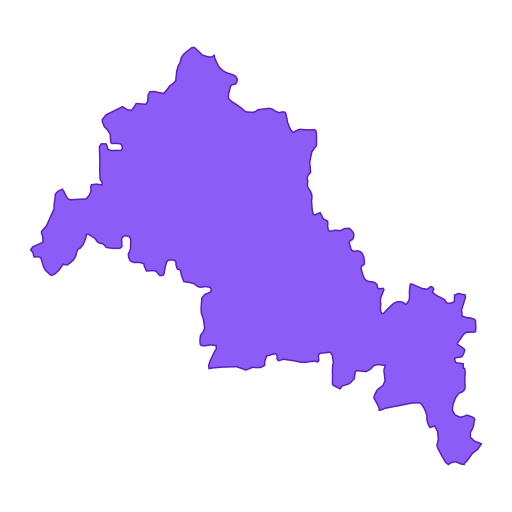 outline of Idleb, Idlib, Syria
{"feature_id": "27442178B9567094438554", "entity_name": "Idleb", "entity_type": "district", "adm_level": 2, "iso_a3": "SYR", "parent_name": "Syria", "parent_adm1": "Idlib", "projection": "albers", "projection_center": [36.811, 35.88], "detail": "fine", "context": "isolated", "style": "filled", "palette": "violet", "viewbox_px": 512, "rotation_deg": 0, "n_neighbors": 0, "source": "geoboundaries", "source_scale": "gbopen_adm2", "svg_char_len": 6032}
<svg xmlns="http://www.w3.org/2000/svg" viewBox="0 0 512 512"><path d="M214.3,55.4L211.5,57.0L208.1,56.9L202.1,55.0L199.3,52.0L194.4,47.5L191.8,47.6L189.8,49.3L186.7,51.5L183.2,54.8L181.4,57.5L180.1,62.7L178.1,66.1L176.7,71.4L175.7,80.7L173.6,83.1L169.7,86.0L166.4,90.4L163.7,93.5L153.9,91.5L149.9,91.8L148.1,95.0L147.7,101.4L145.9,104.3L136.2,103.5L133.6,107.7L131.5,110.4L127.3,109.7L122.4,106.7L106.1,114.8L102.3,119.5L102.3,121.8L104.4,126.8L107.4,129.8L110.2,134.1L110.7,142.1L111.7,143.5L116.5,143.4L119.5,143.7L121.6,144.5L122.5,148.1L121.1,150.4L111.4,150.5L107.6,149.4L107.5,147.2L106.1,143.9L101.3,143.8L99.4,146.7L99.9,161.7L99.7,169.0L100.1,179.4L102.2,182.6L102.3,184.6L100.2,184.7L96.5,184.1L91.3,184.8L90.8,187.1L91.0,191.1L89.5,194.9L86.2,198.9L70.0,199.8L67.7,198.6L66.5,196.8L63.5,190.8L62.3,189.2L58.2,191.1L56.5,192.8L55.3,194.3L55.2,197.4L54.3,203.0L54.0,208.9L46.6,225.6L41.6,231.4L41.5,233.1L42.6,236.3L43.1,242.2L32.7,246.9L30.7,249.7L33.2,253.0L33.5,255.4L34.3,257.1L36.3,256.8L38.8,256.8L39.8,257.4L40.7,257.5L43.6,266.9L45.4,270.2L50.6,275.1L52.6,275.1L55.1,273.8L58.9,270.2L61.5,266.7L63.1,264.2L65.9,264.9L67.4,264.8L69.6,263.3L73.5,260.0L75.8,255.9L77.1,250.7L78.0,249.1L80.2,248.1L82.9,244.9L84.3,241.9L86.1,236.9L86.3,234.6L88.2,234.3L90.8,235.5L92.3,236.8L94.6,238.0L97.5,242.0L100.1,243.4L102.6,243.6L104.7,245.4L106.2,247.4L112.5,248.3L119.7,248.4L121.9,246.6L121.6,239.1L122.3,237.6L124.0,236.0L126.2,235.8L129.0,236.5L130.5,238.5L130.8,241.3L130.4,249.1L129.7,251.6L128.5,253.4L128.4,255.7L128.7,257.4L129.8,260.2L131.6,261.7L134.7,262.6L137.1,262.3L141.4,262.8L144.0,264.0L144.3,266.2L146.5,271.0L152.7,270.6L156.2,271.1L157.8,273.3L159.7,275.5L162.4,275.5L163.8,274.5L165.3,266.7L166.6,262.1L168.0,260.3L172.5,259.8L174.7,260.5L176.0,262.0L175.9,264.5L177.3,269.0L179.9,269.7L180.7,271.4L181.3,274.9L183.9,281.7L188.4,282.3L193.7,283.5L198.0,286.7L200.3,287.2L205.8,286.6L210.1,287.3L211.5,289.6L210.1,292.4L205.0,294.3L201.9,297.8L201.4,303.6L201.1,308.9L201.3,312.9L203.2,318.5L204.1,323.8L204.6,328.5L203.0,332.1L200.6,335.1L199.9,340.6L200.3,344.6L201.6,345.6L205.3,345.8L209.5,345.0L212.0,345.0L216.1,345.6L216.4,348.6L214.1,352.4L210.2,360.8L208.7,365.3L209.0,368.6L212.7,367.9L222.3,367.1L236.6,366.7L246.0,370.0L252.9,367.2L255.9,367.6L260.7,367.5L264.7,365.3L264.7,361.5L266.5,356.1L274.0,353.9L276.3,353.9L277.2,356.1L277.0,358.7L278.4,360.7L281.0,360.0L283.2,359.2L293.0,360.6L301.3,362.3L305.7,362.4L310.1,361.5L312.3,361.5L314.6,361.0L317.3,362.0L318.8,360.7L318.4,355.1L320.3,353.1L323.3,353.0L330.3,352.2L330.9,353.3L332.2,354.8L333.4,363.0L332.7,365.0L332.4,371.0L332.6,376.3L332.4,384.1L333.8,385.7L337.9,387.6L339.9,388.9L342.1,386.0L348.2,384.1L350.5,382.7L354.3,378.5L355.2,372.2L356.2,370.8L358.4,370.8L366.0,371.6L370.3,369.3L373.5,365.9L375.3,365.0L377.7,364.6L385.3,365.3L383.9,370.1L385.0,380.7L383.0,385.5L378.0,389.1L376.5,391.1L374.5,395.3L373.9,397.9L377.0,403.6L379.0,407.8L379.2,410.3L381.0,410.0L385.2,408.3L412.1,403.0L419.3,402.8L421.2,403.8L424.4,408.7L426.2,413.3L427.1,416.1L426.8,418.3L427.2,420.9L427.7,422.9L428.8,425.7L430.1,427.5L434.6,426.0L437.5,431.2L438.4,439.2L436.9,445.6L438.1,448.8L441.8,455.8L445.7,462.5L448.4,464.5L450.2,463.2L453.3,462.0L456.1,461.9L459.6,463.4L462.4,464.4L464.2,464.4L464.1,463.6L467.3,460.5L472.5,453.3L477.7,449.3L480.8,444.7L481.3,443.8L474.2,441.0L470.4,437.3L470.4,432.5L472.6,428.4L473.7,425.1L474.1,421.5L474.8,419.3L473.6,417.5L467.1,415.1L462.7,416.8L459.7,417.1L454.8,414.8L452.4,410.3L453.0,404.3L455.7,397.6L458.8,393.3L462.0,392.0L463.8,390.6L465.0,388.5L465.0,384.3L464.8,382.0L464.9,376.8L465.2,373.6L464.9,370.1L464.7,368.5L463.2,368.0L463.2,363.7L457.1,362.9L455.6,362.4L455.0,360.6L454.7,358.1L457.3,357.4L460.7,357.1L462.2,356.4L463.8,353.2L464.8,349.8L462.5,347.7L457.5,344.4L457.4,343.0L458.2,342.1L463.5,334.5L465.7,332.6L466.6,332.3L473.7,332.1L475.5,331.7L475.8,328.5L475.6,322.6L475.4,320.2L474.0,319.1L469.9,317.8L466.0,317.5L463.6,316.5L462.0,316.1L461.9,312.5L461.5,310.1L465.5,297.0L465.1,295.0L458.1,293.4L455.7,294.8L454.5,295.0L454.4,301.7L450.0,303.4L447.1,303.0L446.3,302.4L444.9,299.9L440.6,297.5L437.8,296.2L433.8,293.5L432.4,292.0L433.8,289.0L432.8,287.5L431.2,286.5L429.4,287.4L427.8,289.0L426.2,289.2L424.3,288.7L422.7,288.8L412.4,284.3L411.0,283.8L410.2,284.4L409.5,289.8L409.4,293.1L409.6,294.7L409.4,298.6L408.8,300.6L406.8,303.6L405.5,304.4L403.8,302.9L401.7,301.9L398.4,301.7L396.4,302.0L393.7,303.4L391.4,305.4L386.6,310.0L383.9,313.2L381.7,313.5L380.7,311.3L380.4,308.1L380.8,303.6L380.4,301.7L380.6,298.0L383.9,289.7L383.4,288.5L381.4,288.5L379.3,288.8L377.9,288.2L377.3,286.6L377.0,284.6L375.2,282.8L372.8,281.9L369.1,281.5L366.6,280.7L364.5,278.8L362.8,274.8L361.1,268.7L361.2,266.7L362.0,265.9L363.5,265.0L364.5,263.6L363.8,257.0L362.1,253.3L360.2,251.6L357.4,250.8L354.7,251.4L352.0,250.5L351.0,248.9L349.6,244.2L349.2,242.5L350.3,240.5L352.4,239.6L353.6,237.3L353.8,234.2L352.9,232.0L350.9,229.7L349.5,228.4L344.7,228.5L340.1,230.8L336.8,230.3L334.3,230.3L330.0,231.4L328.3,230.1L327.6,226.0L327.8,223.2L327.6,221.1L325.4,220.0L323.0,218.5L321.7,215.5L320.1,212.7L314.4,215.0L313.3,214.3L312.5,211.4L312.0,207.3L311.5,200.7L312.0,197.5L311.6,194.1L310.7,191.8L308.3,188.0L307.4,185.9L307.4,183.7L307.8,181.2L307.1,177.8L308.2,175.1L310.6,172.4L310.3,168.3L309.7,162.6L310.9,156.2L311.9,151.8L313.7,149.3L314.4,147.8L315.8,146.8L316.5,144.7L316.5,137.4L316.4,133.6L315.9,130.7L314.4,129.6L309.5,129.9L304.0,129.7L300.2,129.3L297.5,130.0L293.2,132.4L290.8,130.0L289.3,127.0L287.4,121.9L286.9,118.2L285.9,114.5L285.8,113.3L284.6,112.1L282.7,111.9L280.9,112.2L279.0,112.7L275.1,111.0L272.6,109.3L269.3,108.3L258.0,109.7L255.9,111.3L252.9,112.4L246.6,111.9L245.3,111.5L240.8,107.7L236.4,104.5L231.7,101.6L229.3,99.3L228.4,98.2L228.6,93.4L229.5,90.8L230.3,86.7L231.0,85.6L232.3,84.7L235.1,84.3L236.6,82.7L237.4,79.2L235.8,76.5L233.5,75.0L226.2,72.6L222.8,70.6L220.6,68.6L218.4,66.0L215.8,60.6L214.8,58.1L214.3,55.4Z" fill="#8b5cf6" stroke="#5b21b6" stroke-width="1.5"/></svg>